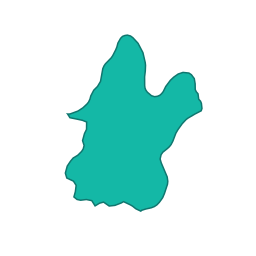 Hoechang, P'yŏngan-namdo, North Korea (orthographic projection), rotated 238°
{"feature_id": "82179303B89029266614527", "entity_name": "Hoechang", "entity_type": "district", "adm_level": 2, "iso_a3": "PRK", "parent_name": "North Korea", "parent_adm1": "P'yŏngan-namdo", "projection": "orthographic", "projection_center": [126.448, 39.075], "detail": "fine", "context": "isolated", "style": "filled", "palette": "teal", "viewbox_px": 256, "rotation_deg": 238, "n_neighbors": 0, "source": "geoboundaries", "source_scale": "gbopen_adm2", "svg_char_len": 1578}
<svg xmlns="http://www.w3.org/2000/svg" viewBox="0 0 256 256"><g transform="rotate(238 128 128)"><path d="M50.7,94.8L51.0,95.8L49.9,100.1L48.0,105.5L47.4,108.7L47.5,111.8L48.3,115.0L49.6,118.3L50.6,120.6L53.3,124.4L59.4,131.7L61.7,133.5L65.7,135.3L80.8,137.7L84.7,138.8L87.8,141.9L89.0,144.6L89.7,150.5L90.2,153.2L91.1,155.7L93.1,159.1L98.2,165.8L100.2,169.6L102.9,176.2L104.4,181.8L104.6,184.2L104.4,192.0L103.8,199.2L105.4,201.1L110.0,203.3L112.3,203.7L114.9,203.2L119.9,205.5L122.6,205.1L125.0,205.4L130.0,208.4L134.8,210.4L137.0,210.2L139.6,210.0L142.3,208.8L146.0,204.1L147.2,199.1L146.9,193.7L146.0,189.2L143.2,182.0L140.2,177.2L139.3,174.7L138.9,172.3L139.3,169.8L140.5,167.1L143.0,165.0L148.0,163.4L150.5,163.2L152.9,163.6L155.1,164.6L162.6,169.2L167.2,172.9L171.9,176.1L174.4,177.3L184.0,180.6L194.5,181.4L202.0,180.0L204.7,178.9L207.1,176.7L208.1,174.4L208.6,171.9L208.0,169.3L205.4,164.5L202.6,161.5L200.8,159.0L197.4,153.3L196.4,151.0L194.4,142.9L193.4,140.6L191.7,138.1L182.1,129.4L179.4,124.2L178.2,119.0L174.9,113.4L172.7,111.1L170.9,108.3L170.1,106.0L169.0,100.4L168.9,94.5L170.6,86.4L171.7,84.3L171.8,84.2L167.5,84.2L162.5,89.5L158.7,93.4L155.0,96.1L148.8,92.1L146.3,88.1L141.4,82.8L136.4,81.5L133.9,78.8L132.7,76.2L131.5,70.9L131.6,65.6L130.3,61.6L127.9,56.3L125.4,53.6L123.0,51.0L121.7,50.6L118.0,49.6L111.8,53.6L106.8,53.6L101.9,49.6L98.2,45.6L94.4,46.9L91.9,49.5L89.4,54.8L85.6,58.8L79.4,58.8L79.3,64.1L78.1,68.0L71.8,70.7L69.3,75.9L68.0,82.6L67.9,85.2L61.7,89.2L59.2,90.5L55.4,91.8L50.7,94.8Z" fill="#14b8a6" stroke="#0f766e" stroke-width="1.5"/></g></svg>